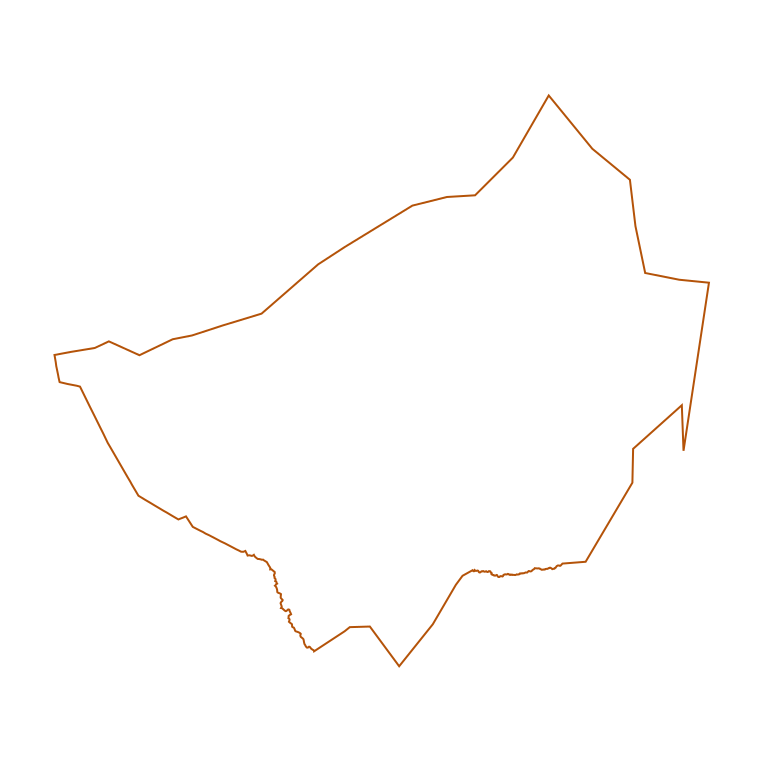 outline of Bayandun, Dornod, Mongolia, rotated 268°
{"feature_id": "93677404B6552639401597", "entity_name": "Bayandun", "entity_type": "district", "adm_level": 2, "iso_a3": "MNG", "parent_name": "Mongolia", "parent_adm1": "Dornod", "projection": "robinson", "projection_center": [113.06, 49.385], "detail": "fine", "context": "isolated", "style": "outline", "palette": "amber", "viewbox_px": 768, "rotation_deg": 268, "n_neighbors": 0, "source": "geoboundaries", "source_scale": "gbopen_adm2", "svg_char_len": 6014}
<svg xmlns="http://www.w3.org/2000/svg" viewBox="0 0 768 768"><g transform="rotate(268 384 384)"><path d="M306.8,681.0L473.9,712.3L477.9,682.7L485.8,648.9L533.0,640.8L579.5,636.9L611.8,600.4L666.6,558.7L605.8,520.7L569.4,481.6L568.7,453.4L561.3,418.6L522.3,349.6L505.9,322.4L458.6,264.1L448.2,225.1L439.2,193.8L436.1,174.4L421.3,140.6L436.2,110.5L430.1,96.2L427.0,72.2L424.5,55.7L421.7,56.1L417.3,56.7L413.2,57.1L410.4,57.6L405.1,58.5L403.2,58.8L402.3,58.9L397.5,59.8L397.2,59.9L395.0,68.0L394.0,72.4L393.5,74.6L393.0,76.8L392.0,80.1L371.5,89.3L362.1,93.6L350.6,98.8L344.5,101.6L334.9,105.8L330.1,108.4L324.1,111.6L300.4,124.2L295.3,127.0L292.3,128.5L289.9,129.8L280.9,134.7L276.5,141.4L273.2,146.6L270.9,150.1L267.5,155.4L264.9,159.4L263.1,162.4L259.6,167.8L257.7,170.8L255.8,173.8L256.2,174.8L257.3,178.0L258.6,181.5L247.9,187.9L245.6,192.0L243.5,195.8L242.4,197.9L240.7,200.5L239.2,203.5L235.7,209.7L233.8,213.0L232.6,215.0L231.0,218.1L230.4,219.3L227.5,224.4L225.1,228.6L224.1,230.3L222.6,233.2L221.4,235.3L221.3,236.5L221.2,237.5L221.5,238.4L222.0,239.6L218.6,241.2L217.3,241.7L217.5,243.0L217.5,243.5L217.4,243.9L216.8,246.0L217.2,247.1L217.8,248.0L216.7,248.5L215.7,249.2L214.1,251.0L213.5,251.9L213.5,252.9L213.0,254.8L212.6,255.9L212.7,257.0L212.0,257.8L210.1,260.7L207.0,262.3L206.0,262.9L204.5,263.8L204.1,263.9L202.7,263.8L202.8,264.9L200.7,267.3L199.9,268.2L198.6,268.2L198.4,268.2L197.5,267.6L196.9,267.4L196.3,267.4L195.2,267.9L194.0,267.8L193.2,268.6L192.6,268.8L192.0,268.8L190.8,268.4L190.4,269.3L190.1,269.5L188.8,269.8L188.2,270.2L187.6,269.1L186.7,268.6L186.2,268.0L185.5,268.7L184.5,269.3L183.3,269.7L182.1,270.0L179.9,270.1L179.5,270.3L178.9,271.2L178.5,272.4L177.6,273.7L174.6,273.3L174.0,273.3L173.5,273.6L171.6,275.2L170.9,274.9L170.5,274.6L170.2,274.0L169.7,273.7L169.1,273.2L168.5,273.0L167.2,273.4L165.3,274.0L164.8,273.9L163.7,273.3L163.6,273.9L163.4,274.4L160.9,277.0L160.4,278.0L160.6,278.5L161.0,279.1L162.0,280.3L162.0,280.8L161.7,281.5L160.3,281.8L159.4,282.2L158.3,282.7L157.1,283.1L156.3,281.5L155.5,280.6L154.2,280.5L153.3,280.3L153.1,280.6L152.6,281.1L152.1,281.4L151.9,281.4L150.9,281.2L149.7,280.7L148.2,282.3L147.6,283.2L147.1,283.6L146.4,283.7L145.0,283.7L144.4,283.9L144.1,284.4L143.7,285.3L143.3,285.6L142.1,286.1L140.5,286.6L140.0,287.0L139.6,288.1L139.2,289.1L138.8,290.1L137.7,291.7L137.1,292.1L136.5,291.8L135.8,291.6L135.1,291.7L134.4,291.9L134.1,292.1L133.5,292.8L132.8,293.7L131.7,294.6L130.7,294.8L129.2,295.0L128.0,295.2L126.8,295.5L125.7,296.2L124.5,296.7L123.3,297.7L123.2,298.5L123.3,298.9L123.4,299.0L124.1,299.9L124.0,300.3L123.7,300.8L122.0,302.0L121.3,302.9L120.1,304.7L119.3,304.8L138.3,336.1L142.2,341.3L142.1,361.4L101.4,389.3L142.2,424.4L180.8,448.8L189.6,455.8L194.8,466.0L194.2,466.3L193.8,466.9L193.7,467.2L193.7,467.4L193.8,467.6L194.4,467.8L194.9,468.1L194.7,468.3L194.3,468.5L194.1,468.7L194.1,469.0L194.0,469.5L194.1,470.2L194.3,471.0L194.2,471.3L194.0,471.6L193.5,471.9L193.0,472.1L192.8,472.4L192.5,472.5L192.4,472.7L192.3,473.0L192.3,473.3L192.4,473.6L192.7,474.1L193.2,474.7L193.4,474.9L193.3,475.7L193.3,475.9L193.6,476.4L193.6,476.5L193.5,476.8L193.3,477.0L193.1,477.3L193.0,477.5L193.0,477.8L192.9,478.0L192.9,478.5L193.1,478.9L193.3,479.6L193.2,479.8L193.0,480.0L192.7,480.3L192.6,480.7L192.5,481.1L192.7,481.6L193.0,482.0L193.3,482.3L193.3,482.6L193.2,482.9L193.2,483.3L193.0,483.7L192.5,483.9L192.1,484.0L191.7,484.3L191.6,484.8L191.2,485.0L191.1,484.9L190.7,484.8L190.3,484.7L190.0,484.9L189.8,485.2L189.7,485.5L189.4,486.0L189.3,486.8L188.9,487.0L188.8,487.3L188.8,487.8L188.6,488.1L188.6,488.5L188.7,488.8L188.9,489.3L189.2,489.8L189.1,490.1L189.0,490.4L188.2,490.7L187.5,491.2L187.2,491.5L187.1,491.8L187.1,492.2L187.1,492.5L187.3,492.9L187.5,493.0L187.8,493.4L187.9,493.9L187.9,494.2L187.7,495.1L187.5,495.6L187.6,495.9L187.9,496.2L188.4,496.5L188.7,496.7L189.1,496.8L189.2,497.1L189.2,497.4L189.3,497.7L189.5,498.0L189.6,498.4L189.5,498.7L189.4,499.4L189.4,499.8L189.5,500.3L189.5,500.5L189.9,501.1L189.8,501.5L189.7,501.8L189.6,502.0L189.4,502.1L189.4,502.3L189.2,502.5L188.9,502.9L188.8,503.3L188.9,503.5L189.1,503.7L189.0,503.9L189.0,504.2L188.8,504.3L188.8,504.6L189.0,504.9L189.1,505.2L189.0,505.5L188.7,505.8L188.7,506.1L188.7,506.3L188.7,506.7L188.7,507.0L188.7,507.4L188.6,507.6L188.5,508.4L188.5,508.6L188.6,508.9L188.8,509.4L188.9,509.7L189.1,510.0L188.9,510.6L188.9,511.1L188.9,511.4L189.1,511.7L189.1,512.0L189.1,512.5L189.3,512.9L189.7,513.0L190.0,513.3L190.0,513.5L189.9,513.8L189.8,514.0L189.8,514.3L189.9,514.6L190.0,514.8L189.9,515.0L189.9,515.5L189.9,515.8L190.1,516.1L190.1,516.3L190.0,516.6L190.0,516.9L190.0,517.2L190.1,517.4L190.3,518.0L190.5,518.4L190.7,518.9L190.7,519.1L190.6,519.8L190.6,520.0L190.6,520.3L190.6,520.5L190.8,520.7L191.4,521.4L191.6,521.6L192.0,522.0L192.0,522.3L192.0,522.6L191.9,522.8L191.7,523.1L191.6,523.7L191.6,524.2L191.7,524.6L191.9,524.9L192.1,525.2L192.5,525.5L193.0,526.1L193.4,526.8L193.6,527.2L193.9,527.6L194.4,528.0L194.7,528.3L194.5,529.0L194.5,529.5L194.4,530.3L194.3,531.2L194.3,531.8L194.4,532.1L194.3,532.6L194.2,532.9L194.0,533.1L194.0,533.4L193.9,533.5L193.7,533.6L193.6,533.8L193.4,534.1L193.4,534.3L193.3,534.5L193.1,534.8L192.8,535.2L192.8,535.5L192.9,535.9L193.0,536.4L192.9,537.3L193.1,537.5L193.1,537.9L193.0,538.2L193.1,538.6L193.2,538.8L193.5,539.0L193.5,539.3L193.6,539.8L193.6,540.2L193.5,540.6L193.6,541.0L193.8,541.3L193.9,541.7L194.0,541.8L194.2,542.0L194.3,542.3L194.2,542.5L194.3,542.9L194.6,543.2L194.6,543.6L194.6,543.8L194.2,544.4L194.1,544.7L193.9,544.9L193.7,545.1L193.4,545.5L193.1,545.7L193.1,546.0L193.4,546.6L193.4,546.8L193.4,547.1L193.4,547.3L193.4,547.6L193.5,547.8L193.6,548.0L193.9,548.1L194.1,548.2L194.2,548.4L194.2,548.7L194.3,549.0L194.6,549.2L194.8,549.3L195.2,549.7L195.7,550.0L196.0,550.3L196.2,550.8L196.4,551.1L196.6,551.6L196.5,552.2L196.5,552.6L196.4,553.0L196.1,553.5L196.3,554.1L197.0,554.8L198.3,556.1L199.3,579.3L276.7,628.8L310.5,630.7L352.4,680.9L306.8,681.0Z" fill="none" stroke="#b45309" stroke-width="2"/></g></svg>